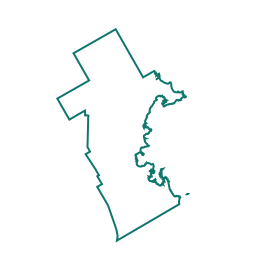 outline of Ceduna, South Australia, Australia, rotated 240°
{"feature_id": "25037944B93610458864606", "entity_name": "Ceduna", "entity_type": "district", "adm_level": 2, "iso_a3": "AUS", "parent_name": "Australia", "parent_adm1": "South Australia", "projection": "orthographic", "projection_center": [133.706, -32.147], "detail": "fine", "context": "isolated", "style": "outline", "palette": "teal", "viewbox_px": 256, "rotation_deg": 240, "n_neighbors": 0, "source": "geoboundaries", "source_scale": "gbopen_adm2", "svg_char_len": 5905}
<svg xmlns="http://www.w3.org/2000/svg" viewBox="0 0 256 256"><g transform="rotate(240 128 128)"><path d="M36.4,134.4L37.5,134.7L39.1,135.5L41.1,137.5L41.9,137.7L41.8,138.5L42.5,138.6L42.9,138.5L42.7,137.9L44.0,137.4L44.3,136.4L45.1,136.0L45.2,135.6L44.9,135.2L45.1,134.6L45.5,134.1L46.6,133.8L50.3,133.6L50.7,133.8L51.9,133.4L52.4,133.8L53.1,133.8L54.0,133.5L60.3,135.6L61.2,136.8L62.1,136.0L63.1,136.3L63.6,136.8L63.9,136.5L64.0,136.1L64.6,135.9L65.5,136.1L65.7,136.5L66.1,136.4L66.5,135.8L66.4,135.2L66.8,135.4L66.8,135.2L66.2,134.8L66.4,134.2L67.6,133.3L68.6,133.1L69.4,133.2L73.9,135.4L74.8,136.1L74.9,136.7L75.2,136.7L74.9,137.3L75.1,137.8L75.2,137.3L75.7,136.7L75.7,136.0L75.0,135.8L74.9,135.1L74.4,134.8L73.9,134.8L73.9,134.4L73.2,133.6L73.1,132.9L72.4,132.4L71.8,132.4L71.8,132.1L70.7,132.2L70.1,131.7L69.3,132.2L68.4,131.9L68.2,132.1L68.2,131.8L68.0,132.8L67.6,133.0L66.9,133.2L66.5,132.6L66.6,133.2L66.5,133.5L66.4,132.6L66.6,132.2L67.0,132.1L66.5,132.2L65.3,132.5L64.9,133.1L64.4,133.0L64.6,132.9L64.3,132.7L64.8,131.7L64.4,132.0L63.4,131.5L62.9,131.6L62.4,130.8L62.7,130.6L62.2,130.3L62.1,130.0L61.7,130.0L62.5,129.5L62.2,129.3L62.3,128.4L61.8,128.2L62.1,127.5L62.0,127.0L62.8,126.3L64.2,126.1L64.6,125.3L65.4,124.8L66.2,124.9L66.6,125.4L67.3,125.1L68.1,123.9L68.1,124.2L68.8,124.5L69.3,126.0L70.0,126.1L69.7,123.4L69.9,122.2L71.2,120.5L72.0,120.4L72.3,120.1L73.0,120.1L73.8,120.8L74.1,120.6L74.6,120.8L74.3,121.4L74.5,121.7L75.4,121.7L75.2,121.9L75.4,122.2L74.0,122.7L74.1,123.0L74.7,123.1L74.9,123.6L74.8,124.1L74.5,124.4L75.8,124.8L76.8,124.8L77.3,125.2L77.0,126.6L76.0,127.7L76.4,128.5L77.3,129.2L77.5,129.0L78.5,128.9L79.3,127.9L79.5,127.3L79.3,127.0L79.4,127.6L79.1,127.9L79.2,127.1L78.9,127.3L78.7,126.9L78.5,127.0L78.6,127.4L78.3,127.4L78.2,127.8L77.8,127.2L77.5,127.3L77.5,127.0L77.9,126.9L78.1,126.2L79.0,125.8L78.7,125.4L79.3,125.7L79.8,125.1L80.4,124.6L79.8,125.3L79.5,126.0L79.8,126.8L80.4,126.2L80.1,126.9L80.4,127.2L79.9,128.7L80.0,129.3L82.2,131.3L84.4,131.6L84.7,129.9L86.3,129.2L86.9,128.4L87.8,127.8L88.0,127.3L88.8,126.9L87.8,125.4L87.7,125.0L88.0,124.4L87.3,123.8L87.1,122.9L88.2,121.3L87.9,120.7L88.4,119.3L89.9,117.9L91.0,117.4L92.9,117.7L93.9,118.7L95.0,118.5L94.9,119.0L95.6,119.3L95.3,120.0L96.2,120.1L96.1,119.9L97.2,119.3L98.2,119.8L98.6,120.4L98.5,120.6L99.6,121.0L100.3,120.6L100.6,120.8L101.1,121.2L101.0,121.6L101.2,122.1L100.9,123.5L101.2,124.7L100.9,125.9L100.4,126.5L98.9,127.2L97.7,126.9L97.0,127.5L97.1,128.2L97.7,128.7L99.7,127.9L100.3,127.3L101.5,127.1L102.9,128.0L104.1,129.2L104.3,130.3L103.9,130.9L103.6,131.0L103.3,131.8L103.4,133.2L102.8,134.2L102.7,135.5L102.1,136.1L102.2,137.1L103.4,136.6L105.0,136.5L105.5,136.2L107.2,135.9L108.3,136.1L108.7,136.4L109.8,136.5L110.5,137.3L110.2,138.0L111.5,137.0L113.1,137.7L113.5,138.3L113.5,139.4L113.9,140.8L113.5,141.9L113.0,142.0L112.9,142.6L113.2,143.6L114.2,144.9L114.0,146.2L114.4,146.5L114.3,146.9L115.0,147.4L115.5,147.3L115.9,146.3L116.6,145.7L117.3,145.6L118.1,145.8L118.8,145.5L119.2,145.0L119.1,144.8L119.4,144.6L119.3,144.2L120.4,143.9L119.9,143.4L120.4,142.2L120.1,141.9L121.2,142.0L122.3,142.4L122.8,143.0L123.1,143.9L122.0,144.2L121.8,144.6L122.8,144.7L122.9,145.3L123.3,145.7L123.2,146.1L124.2,145.7L125.3,146.1L126.0,147.2L126.8,148.0L127.7,149.8L128.6,149.9L129.0,150.2L130.0,152.0L130.5,154.4L130.9,154.5L131.0,155.0L131.9,155.2L133.6,156.5L134.9,158.9L135.0,159.8L136.3,162.0L136.6,162.9L137.7,163.7L138.1,165.5L137.9,166.8L138.1,167.1L138.8,166.8L139.6,166.9L140.5,168.2L140.6,169.9L140.4,170.5L140.1,170.7L140.2,171.5L139.9,172.0L139.1,172.2L139.2,172.7L138.7,173.3L138.7,173.6L138.1,173.4L137.7,173.9L137.6,173.7L136.8,174.1L136.6,174.6L135.9,174.6L136.0,174.8L135.8,174.6L135.6,174.8L135.3,174.7L134.4,174.2L133.7,174.9L133.5,175.0L133.9,174.3L133.6,173.9L133.4,174.8L132.4,174.9L132.4,174.6L132.1,174.6L131.5,174.0L131.7,173.4L132.4,173.2L132.1,172.7L133.2,172.8L132.9,172.3L133.5,172.2L133.9,172.3L133.9,172.6L134.1,172.3L133.8,171.9L132.6,171.7L132.1,172.0L132.9,172.3L132.5,172.5L131.7,172.0L131.6,171.6L132.0,171.8L132.2,171.6L132.4,171.5L131.8,171.2L131.4,170.5L132.3,170.3L132.4,170.7L132.3,170.2L131.8,169.9L132.1,169.9L132.5,170.4L132.4,169.9L132.9,170.0L131.8,169.7L130.1,170.2L129.3,169.8L128.6,170.0L128.7,173.5L128.3,174.8L128.0,175.0L128.0,176.2L127.0,177.7L127.1,178.0L126.7,178.7L126.9,179.1L126.7,179.9L126.3,180.3L128.0,184.0L127.5,185.1L126.9,185.1L126.3,185.6L126.6,186.6L126.4,187.0L125.8,187.4L125.8,188.1L126.7,188.3L127.2,190.0L127.1,191.7L126.8,192.2L126.2,192.2L126.0,192.7L126.0,193.7L126.3,193.9L126.6,193.8L127.0,192.4L127.6,192.1L128.0,192.2L128.6,193.0L129.2,192.4L129.4,192.6L130.0,192.2L130.6,193.0L132.4,193.7L132.6,193.0L132.3,192.6L132.3,192.0L132.7,190.7L133.3,190.2L134.5,189.7L134.0,189.0L134.3,188.3L135.9,186.3L136.5,185.9L139.7,185.7L141.0,185.9L142.3,186.3L143.9,187.2L146.1,187.7L146.7,186.9L146.3,186.3L146.4,185.9L146.2,185.0L146.7,184.2L147.8,183.4L148.6,182.5L150.6,181.3L151.9,180.9L152.6,180.1L154.1,180.1L155.3,180.3L158.4,181.8L159.5,182.0L159.5,181.1L158.9,181.3L158.5,180.8L157.9,180.6L157.2,179.9L156.1,179.6L156.0,177.6L155.6,177.1L155.2,177.0L155.6,177.0L156.1,177.5L156.2,179.5L157.8,180.0L158.8,179.7L159.0,179.9L158.8,180.1L157.8,180.3L158.6,180.7L159.0,181.1L159.0,180.5L159.5,179.9L159.1,180.0L158.8,179.6L158.8,179.4L159.2,179.4L159.1,179.7L159.3,180.0L159.5,179.7L160.3,179.6L160.1,179.2L160.4,179.4L161.0,179.0L161.0,179.3L161.4,179.1L161.4,178.7L161.8,178.5L162.0,178.8L161.5,178.9L161.0,179.7L160.3,179.8L162.3,179.7L164.3,179.2L164.3,166.4L219.7,166.7L220.0,118.2L188.6,118.1L188.8,81.5L164.6,81.4L164.6,99.4L160.3,97.2L159.8,98.4L158.4,99.9L155.8,97.9L155.1,97.7L131.8,83.4L126.5,83.3L126.5,78.2L108.9,79.2L101.6,79.2L101.6,77.3L92.4,77.4L92.4,71.9L70.8,72.0L46.3,67.3L39.8,65.1L36.0,62.1L36.4,134.4ZM40.8,147.1L41.3,146.3L41.2,146.0L40.7,146.9L40.8,147.1Z" fill="none" stroke="#0f766e" stroke-width="2"/></g></svg>